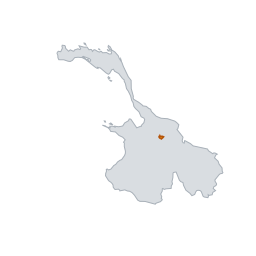 Hankha, Chai Nat, Thailand (highlighted), rotated 139°
{"feature_id": "78962969B11374583847622", "entity_name": "Hankha", "entity_type": "district", "adm_level": 2, "iso_a3": "THA", "parent_name": "Thailand", "parent_adm1": "Chai Nat", "projection": "natural_earth1", "projection_center": [99.977, 15.032], "detail": "fine", "context": "in_parent", "style": "filled", "palette": "amber", "viewbox_px": 256, "rotation_deg": 139, "n_neighbors": 0, "source": "geoboundaries", "source_scale": "gbopen_adm2", "svg_char_len": 4465}
<svg xmlns="http://www.w3.org/2000/svg" viewBox="0 0 256 256"><g transform="rotate(139 128 128)"><path d="M111.1,24.0L111.3,25.0L112.2,23.6L113.4,23.0L115.8,26.0L116.1,27.2L114.4,32.0L114.7,33.6L115.8,34.9L117.1,35.7L118.6,35.4L121.3,34.1L124.2,35.0L124.1,38.1L125.1,43.1L123.7,48.3L122.3,50.8L123.4,53.0L123.4,55.1L120.6,63.1L121.2,63.7L123.0,64.6L123.7,64.3L126.7,61.1L130.0,58.7L131.1,56.6L133.2,56.0L135.1,54.1L139.4,57.3L140.5,57.6L141.1,58.2L141.3,59.5L141.9,59.7L143.6,57.9L146.6,56.7L147.7,53.9L149.1,53.1L149.0,51.8L149.4,51.3L151.8,51.1L155.5,52.6L156.8,52.9L157.4,52.6L163.3,61.4L167.1,64.8L168.0,67.1L167.2,73.1L167.3,76.5L168.2,79.1L169.8,80.9L171.0,83.4L175.4,85.9L175.0,86.5L175.3,88.1L178.0,90.0L178.2,90.6L178.0,93.0L176.7,94.8L176.4,96.3L176.5,98.2L177.2,101.0L176.3,106.7L174.7,108.3L172.6,109.5L171.5,111.0L170.6,110.7L170.2,109.1L167.9,108.2L163.4,109.0L161.1,108.6L158.1,109.2L155.2,108.9L153.5,108.3L148.6,109.5L146.5,110.7L145.1,112.3L142.9,116.5L140.6,119.1L140.7,120.2L137.9,120.9L138.0,124.4L139.7,128.3L140.1,133.3L143.3,136.8L142.7,139.2L143.0,141.6L145.5,147.0L143.7,144.4L143.4,142.7L141.3,139.9L140.6,141.3L138.2,139.2L137.2,137.2L136.8,138.1L134.4,135.2L132.0,133.7L130.6,133.0L127.2,134.0L122.9,133.2L121.2,134.0L120.5,133.5L120.1,132.6L121.3,122.4L117.6,121.1L116.9,120.5L116.1,121.2L112.5,121.6L109.8,123.5L109.5,125.1L110.7,127.9L109.1,133.0L109.6,137.8L109.4,140.4L107.6,143.7L107.1,146.4L105.0,150.5L103.6,155.7L103.3,158.7L100.8,163.3L100.2,165.8L99.3,166.8L99.7,168.9L99.3,175.2L100.9,179.7L100.4,181.9L102.1,182.6L106.2,181.2L107.6,181.5L108.4,184.0L109.5,191.5L111.2,193.8L111.6,192.6L112.4,193.8L113.0,196.1L115.1,207.8L116.3,210.9L115.0,210.1L114.3,206.4L113.1,206.3L113.5,203.9L112.7,203.1L111.5,203.8L111.6,205.6L114.8,211.5L116.8,211.6L119.3,214.2L122.1,216.1L125.6,215.5L128.0,216.1L129.4,217.7L131.7,221.6L135.4,224.9L134.8,227.0L133.4,228.7L132.6,230.9L131.6,231.5L130.2,231.6L128.7,229.7L125.0,231.4L124.2,233.1L123.3,233.6L121.6,231.7L121.8,230.6L122.8,229.0L122.5,224.9L120.3,224.9L118.9,221.8L118.4,221.5L117.3,222.0L113.8,220.6L112.8,218.7L111.8,218.8L111.0,222.1L108.0,217.7L105.8,215.9L106.1,212.6L104.7,211.9L104.1,211.0L104.6,209.1L102.6,209.4L101.7,208.8L100.5,205.3L99.6,203.9L98.3,203.9L97.8,203.2L97.9,201.5L94.7,199.0L93.7,196.2L92.1,195.0L91.2,195.4L90.2,197.4L89.5,197.2L88.8,196.7L88.0,193.9L88.0,188.9L89.0,186.1L89.6,181.5L91.1,177.6L94.2,166.4L94.4,161.9L99.7,155.6L103.2,148.4L104.4,147.3L104.9,146.0L103.0,140.1L102.2,136.1L102.3,135.0L100.0,132.3L99.5,129.1L98.9,128.1L98.7,127.1L99.5,125.2L99.0,118.3L96.6,113.6L92.1,109.1L88.2,102.6L87.7,100.3L87.5,97.1L90.7,94.9L92.0,94.7L92.5,85.0L95.2,83.1L95.8,82.3L96.1,80.7L95.4,79.7L93.6,81.3L93.3,81.0L91.1,75.2L90.6,71.8L81.8,60.0L82.2,58.0L80.9,53.0L79.6,52.9L78.7,52.0L77.8,49.7L79.5,50.0L82.3,48.7L81.8,43.8L83.0,40.9L83.2,36.2L85.3,33.5L85.6,32.1L86.7,31.9L88.3,32.9L89.9,33.0L96.5,31.8L97.3,30.5L97.7,27.9L98.4,27.1L99.9,26.9L101.6,27.4L103.4,26.4L103.0,23.3L106.2,23.8L108.3,22.4L111.1,24.0ZM90.4,198.7L89.9,202.3L88.7,203.1L88.2,200.9L89.0,197.5L89.3,198.3L90.4,198.7ZM110.4,177.3L110.2,179.1L109.1,179.6L108.8,177.6L110.4,177.3ZM137.9,140.8L139.3,143.3L137.7,143.1L137.4,140.7L137.9,140.8ZM105.4,221.0L104.7,219.9L105.3,218.2L105.9,220.3L105.4,221.0ZM92.4,199.1L92.1,201.1L91.5,198.3L92.4,199.1ZM110.5,175.7L109.9,175.5L109.4,174.3L110.1,174.3L110.5,175.7ZM97.9,205.1L98.6,207.4L97.8,206.3L97.9,205.1ZM141.5,147.5L141.3,148.9L140.6,148.3L141.0,147.2L141.5,147.5ZM88.9,184.5L88.1,185.1L88.7,183.7L88.9,184.5Z" fill="#d9dde1" stroke="#a8b0b8" stroke-width="1"/><path d="M110.6,100.6L110.7,100.4L110.7,100.2L110.6,99.9L110.5,99.7L110.6,99.4L110.6,99.2L110.4,99.0L110.4,98.9L110.4,98.7L110.5,98.7L110.4,98.7L110.2,98.5L110.1,98.4L110.1,98.2L110.1,97.9L109.9,97.9L109.7,97.8L109.4,97.8L109.4,97.7L109.4,97.8L109.2,97.8L109.0,98.0L108.9,98.0L108.7,98.0L108.7,97.9L108.4,97.8L108.2,98.0L108.0,97.9L107.9,97.9L107.7,97.9L107.6,98.0L107.6,97.9L107.4,97.9L107.3,98.0L107.2,98.0L106.9,98.0L107.0,98.3L107.1,98.5L107.3,98.6L107.3,98.8L107.4,99.0L107.5,99.0L107.6,99.3L107.8,99.4L107.8,99.5L108.0,99.7L108.1,99.8L108.2,100.0L108.2,99.9L108.3,99.9L108.4,100.0L108.5,100.0L108.8,100.1L108.9,100.3L109.0,100.5L109.2,100.8L109.1,101.0L109.0,101.3L109.2,101.2L109.3,101.3L109.5,101.3L109.7,101.2L109.9,101.3L110.0,101.3L110.0,101.2L110.1,100.9L110.1,100.7L110.3,100.5L110.5,100.6L110.6,100.6Z" fill="#f59e0b" stroke="#b45309" stroke-width="1.5"/></g></svg>